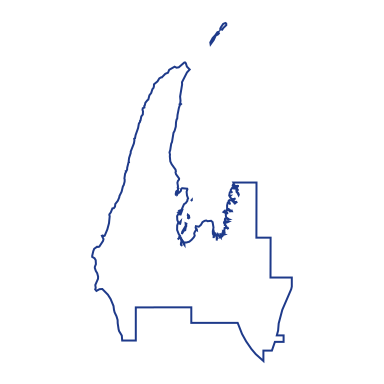 the district of Exmouth, Western Australia, Australia
{"feature_id": "25037944B77099976714827", "entity_name": "Exmouth", "entity_type": "district", "adm_level": 2, "iso_a3": "AUS", "parent_name": "Australia", "parent_adm1": "Western Australia", "projection": "equal_earth", "projection_center": [114.188, -22.318], "detail": "fine", "context": "isolated", "style": "outline", "palette": "blue", "viewbox_px": 384, "rotation_deg": 0, "n_neighbors": 0, "source": "geoboundaries", "source_scale": "gbopen_adm2", "svg_char_len": 6042}
<svg xmlns="http://www.w3.org/2000/svg" viewBox="0 0 384 384"><path d="M233.4,182.5L233.8,183.2L233.8,184.5L234.8,185.6L236.2,186.1L237.3,185.8L238.8,186.1L237.9,186.2L236.5,187.9L237.0,188.6L236.7,188.6L236.9,189.3L237.4,189.5L237.8,190.1L237.7,190.7L237.5,189.8L236.8,189.5L237.0,191.8L238.2,193.0L238.8,194.6L238.6,195.1L237.5,192.9L236.6,192.0L236.2,188.9L233.7,186.6L233.3,187.3L234.8,188.9L232.2,187.8L230.7,190.2L230.9,191.3L232.4,192.8L231.2,191.8L230.3,191.8L229.8,192.4L229.2,195.5L229.4,195.9L230.5,195.8L229.9,196.4L230.2,197.5L232.0,199.1L234.1,199.0L235.5,198.3L233.4,199.8L233.2,200.5L235.0,202.1L236.3,201.9L237.0,203.1L236.3,202.1L234.7,202.3L234.3,201.8L234.4,202.5L235.9,203.4L234.9,203.2L235.0,204.3L234.6,203.2L232.1,200.6L229.4,200.1L228.7,200.8L229.2,203.0L229.7,203.4L230.7,203.4L229.6,203.7L228.4,202.2L227.8,202.5L227.1,205.3L227.1,208.7L228.6,209.0L231.1,211.1L231.7,210.7L231.9,211.2L230.2,211.1L230.6,212.0L228.8,210.2L226.6,209.9L226.3,210.3L226.8,212.9L228.0,213.0L227.1,213.4L225.9,212.9L225.8,215.2L226.2,217.5L228.1,218.7L228.1,219.1L229.0,219.4L228.2,219.6L227.3,218.8L225.1,218.7L224.9,219.4L225.1,220.5L226.0,221.3L228.6,221.7L227.6,222.2L226.1,221.7L226.3,223.5L225.5,221.7L224.4,221.6L224.0,222.3L224.2,223.4L225.0,224.4L224.9,225.0L225.5,225.1L226.1,226.1L225.8,227.1L227.7,227.7L228.3,229.1L226.9,227.8L224.6,228.0L224.3,230.8L223.5,230.8L224.5,232.2L225.3,232.3L224.7,232.5L225.1,232.8L223.0,231.6L222.6,232.5L222.9,233.7L224.7,234.4L223.7,234.7L222.6,234.1L221.2,234.2L223.4,236.1L222.0,235.5L222.2,236.2L221.8,236.6L221.7,235.5L220.8,234.8L220.7,235.7L220.3,235.6L220.6,237.3L220.3,237.0L220.1,237.5L219.9,235.2L219.4,236.7L217.8,234.1L216.8,236.1L217.0,237.8L217.6,238.5L217.8,239.0L217.2,238.3L216.8,238.5L216.8,240.6L216.7,237.5L216.2,235.9L216.5,234.7L215.5,235.2L215.3,233.6L214.4,234.1L213.8,231.6L213.2,233.5L214.0,236.1L213.7,237.9L213.5,237.1L213.9,235.9L212.9,233.9L212.8,231.2L213.5,227.6L212.6,222.1L211.1,220.8L207.6,221.2L206.2,220.5L204.5,220.9L202.5,222.1L200.9,224.9L198.8,226.7L195.9,226.2L195.6,227.7L195.9,228.5L196.8,229.3L196.9,230.1L196.2,229.6L194.6,232.3L194.2,233.5L194.7,235.7L193.8,237.3L191.6,239.8L189.3,241.7L186.4,242.5L184.2,242.4L184.4,244.9L183.8,244.1L184.0,243.3L183.5,242.3L183.0,243.4L183.0,242.4L182.4,240.8L181.4,242.1L181.1,243.9L181.6,245.4L181.1,245.9L181.3,245.4L180.9,244.5L181.0,243.1L181.3,241.7L182.0,241.1L181.5,239.5L181.0,240.6L181.1,238.2L180.3,237.9L179.6,236.7L179.1,238.3L177.7,239.4L179.1,238.0L179.4,236.4L180.1,236.0L178.7,234.0L177.1,229.9L177.2,225.4L178.3,222.4L177.3,220.0L177.1,216.1L178.2,214.1L180.6,214.5L181.7,211.5L180.2,212.7L178.6,212.2L179.5,211.6L179.9,212.1L180.4,211.8L180.5,211.3L179.6,210.6L180.2,210.4L180.5,210.9L181.5,209.9L184.0,204.2L185.8,203.0L187.3,200.9L187.5,199.4L188.1,198.5L187.0,195.5L186.6,191.8L187.4,189.2L187.2,188.7L182.1,188.2L181.1,189.1L180.9,190.8L179.1,192.7L178.2,192.9L177.6,193.8L177.6,193.2L177.1,192.6L176.9,194.7L176.3,194.5L176.0,195.5L175.7,194.0L176.2,191.5L177.0,190.8L177.9,191.3L178.0,189.0L178.4,188.4L177.7,187.7L178.0,186.4L177.4,182.8L177.9,181.0L179.0,179.6L179.1,178.5L176.0,174.2L175.5,172.2L175.9,171.3L175.5,169.6L171.7,164.3L170.3,161.4L169.8,156.1L170.0,154.7L169.5,152.3L170.2,150.2L171.2,143.8L172.0,142.0L173.5,132.8L174.6,130.8L175.8,126.6L176.0,122.3L176.6,119.4L177.2,118.7L177.5,115.0L178.9,107.9L180.0,104.6L180.6,104.5L180.8,104.3L180.1,104.0L180.6,103.7L181.1,104.5L180.9,103.8L180.2,103.2L180.5,100.8L180.1,96.5L182.1,84.5L182.0,82.2L187.0,72.4L189.7,69.5L186.9,66.6L185.8,63.2L185.0,62.4L184.2,62.6L178.8,67.3L176.6,67.7L174.6,66.7L169.2,69.8L168.0,72.7L165.3,73.8L161.8,77.4L161.2,77.3L159.3,78.4L157.5,81.4L154.0,84.3L153.9,86.4L153.5,87.9L152.4,89.2L151.2,93.0L149.4,95.3L148.3,99.6L147.5,100.1L145.4,102.7L144.7,105.6L144.2,106.1L144.4,107.5L142.8,108.2L142.5,109.8L143.0,111.4L142.8,114.5L141.3,116.4L140.5,120.5L140.1,120.7L140.0,121.9L138.9,123.5L138.1,128.0L135.6,135.1L135.0,138.3L134.2,138.7L134.4,140.5L133.9,143.4L130.7,151.6L130.7,153.0L129.1,157.9L128.7,161.0L128.9,162.0L128.6,162.0L127.2,167.7L127.1,169.6L126.4,171.0L125.8,171.2L126.0,171.9L125.1,173.7L124.4,178.5L124.7,179.6L124.6,181.7L123.7,185.1L122.9,186.4L121.6,191.7L119.5,195.9L119.2,197.5L117.8,200.8L115.3,204.0L115.0,206.6L113.8,208.2L112.4,208.4L110.8,212.4L109.4,214.3L109.3,215.0L109.7,216.1L109.0,223.2L107.3,229.5L104.7,235.7L103.9,236.0L102.6,235.5L101.9,235.8L103.5,239.1L103.0,241.0L99.3,246.6L97.9,247.0L97.1,246.7L94.2,248.8L93.3,251.1L92.2,255.8L92.2,256.9L94.5,258.2L95.7,260.2L95.9,264.2L94.9,266.7L94.8,267.9L95.8,270.9L97.2,273.2L98.1,276.6L98.0,278.8L95.3,285.0L95.7,287.9L95.2,289.4L96.4,290.9L99.5,289.2L102.3,289.0L107.9,294.7L110.6,299.0L113.5,306.0L114.0,309.9L114.6,312.3L116.5,316.3L117.6,320.0L117.7,323.2L118.6,329.3L119.1,331.1L121.8,335.6L122.2,340.5L135.8,340.5L135.8,307.4L191.3,307.3L191.3,322.9L237.7,322.9L242.0,333.9L246.1,341.3L251.4,349.0L255.8,354.2L263.4,361.0L263.4,350.6L271.9,350.6L274.9,341.9L283.6,341.9L283.6,335.4L276.8,335.4L278.1,330.6L278.7,323.4L282.3,309.8L291.2,289.2L291.8,286.6L291.8,277.5L270.5,277.5L270.6,237.7L256.4,237.7L256.5,182.5L233.4,182.5ZM210.6,44.3L213.7,40.0L215.8,35.4L217.7,34.6L218.9,33.4L218.5,32.7L218.6,31.8L217.4,32.2L215.4,35.1L212.7,38.0L210.3,42.4L210.6,44.3ZM220.3,29.5L220.6,29.2L222.2,29.7L223.3,28.0L226.3,25.1L226.2,23.5L225.4,23.0L223.2,23.9L221.1,27.0L220.3,28.5L220.3,29.5ZM185.8,225.7L182.3,231.6L181.8,234.0L183.8,230.7L185.2,230.2L185.7,227.3L186.3,226.0L186.1,225.0L186.4,223.7L185.6,223.3L185.8,225.7ZM188.6,218.3L189.3,217.7L188.9,215.6L187.9,214.8L187.8,215.5L188.2,216.3L188.0,218.0L188.6,218.3ZM225.2,212.8L225.3,212.1L224.8,212.0L224.4,211.1L223.5,212.0L225.2,212.8ZM180.0,222.1L179.8,224.5L180.1,224.0L180.0,223.3L180.4,223.0L180.7,221.3L180.0,222.1ZM236.0,187.4L236.7,187.1L236.8,186.7L235.2,186.3L236.0,187.4ZM233.4,186.4L233.7,186.2L233.5,185.1L233.0,184.8L232.7,185.5L233.4,186.4ZM190.9,200.9L191.8,200.2L191.8,199.9L190.9,200.9Z" fill="none" stroke="#1e3a8a" stroke-width="2"/></svg>